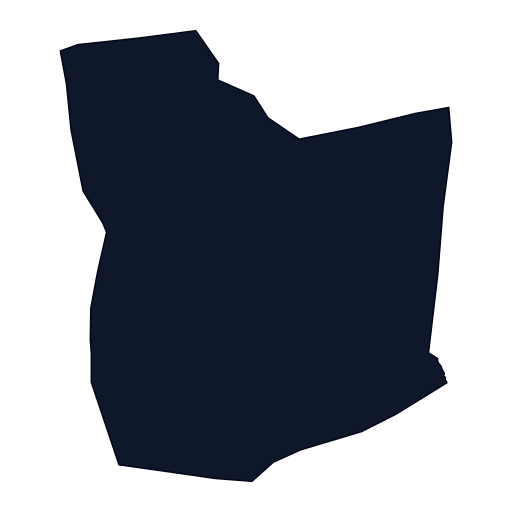 outline of Asgat, Sühbaatar, Mongolia
{"feature_id": "93677404B69678463866737", "entity_name": "Asgat", "entity_type": "district", "adm_level": 2, "iso_a3": "MNG", "parent_name": "Mongolia", "parent_adm1": "Sühbaatar", "projection": "orthographic", "projection_center": [114.184, 46.119], "detail": "fine", "context": "isolated", "style": "filled", "palette": "ink", "viewbox_px": 512, "rotation_deg": 0, "n_neighbors": 0, "source": "geoboundaries", "source_scale": "gbopen_adm2", "svg_char_len": 1106}
<svg xmlns="http://www.w3.org/2000/svg" viewBox="0 0 512 512"><path d="M448.7,107.5L416.0,113.3L357.5,127.6L299.1,139.1L267.9,117.8L253.9,95.9L217.8,80.0L218.6,63.4L195.8,30.7L137.4,38.2L77.9,44.6L60.3,50.9L66.4,83.6L71.1,130.3L83.1,191.0L102.5,222.5L106.6,232.1L97.8,270.8L90.8,308.3L90.3,340.1L91.3,353.6L91.3,381.0L91.4,381.4L91.4,381.6L91.4,381.9L91.3,382.2L119.0,464.8L186.8,474.4L215.5,478.5L252.0,481.3L273.3,462.2L300.4,449.9L361.5,431.6L396.3,414.0L446.8,382.8L446.5,381.6L446.3,381.3L446.1,381.0L445.8,380.8L445.4,380.5L445.3,379.8L445.2,379.0L445.3,378.1L445.4,377.6L445.4,377.4L444.4,376.6L443.9,376.1L443.8,375.7L443.8,375.2L444.0,374.8L444.2,374.0L444.3,373.6L444.2,373.4L444.1,373.2L443.8,372.7L443.7,372.3L443.6,371.8L443.5,371.6L443.1,371.3L442.9,370.8L442.6,370.1L442.0,369.2L441.6,368.4L441.6,368.0L441.5,367.4L441.3,367.0L441.1,366.5L440.2,365.1L439.4,364.3L438.7,363.4L438.3,362.6L438.2,362.1L438.0,361.8L437.7,361.2L437.6,360.7L437.5,360.1L437.6,359.5L437.5,358.5L428.5,352.8L437.8,274.4L443.2,206.1L451.7,142.0L448.7,107.5Z" fill="#0f172a" stroke="#020617" stroke-width="1.5"/></svg>